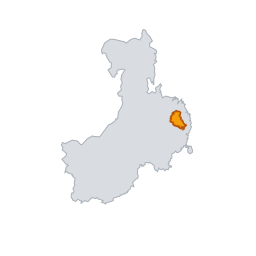 where Jiangxi sits in China, rotated 304°
{"feature_id": "CHN-1817", "entity_name": "Jiangxi", "entity_type": "Province", "adm_level": 1, "iso_a3": "CHN", "parent_name": "China", "parent_adm1": "", "projection": "mercator", "projection_center": [115.66, 27.278], "detail": "fine", "context": "in_parent", "style": "filled", "palette": "amber", "viewbox_px": 256, "rotation_deg": 304, "n_neighbors": 0, "source": "natural_earth", "source_scale": "10m", "svg_char_len": 7212}
<svg xmlns="http://www.w3.org/2000/svg" viewBox="0 0 256 256"><g transform="rotate(304 128 128)"><path d="M139.2,184.6L135.3,183.1L135.0,181.4L135.7,180.5L132.9,180.0L131.2,178.7L127.3,181.3L126.3,180.5L124.4,181.6L122.9,180.6L121.9,181.8L120.6,181.4L120.1,182.2L120.7,185.7L119.3,185.6L118.8,183.8L116.0,184.7L115.3,182.9L113.1,182.5L114.1,179.9L112.2,179.2L111.6,176.9L112.1,176.1L108.3,176.8L108.8,175.8L108.2,174.5L109.1,172.5L111.6,170.4L111.6,164.8L110.5,164.8L109.9,162.9L108.6,161.6L107.6,162.6L104.5,161.9L105.4,160.8L105.0,159.8L104.1,160.2L104.7,159.1L103.8,158.4L101.9,159.8L99.6,158.9L95.5,161.2L93.8,163.5L91.7,164.2L89.7,163.1L85.6,162.3L82.6,165.6L81.8,163.0L78.8,163.9L75.8,163.0L75.2,163.6L74.4,162.9L74.0,163.6L73.0,162.4L71.4,162.3L71.5,161.3L68.7,160.3L68.4,159.2L66.8,159.3L62.3,155.4L60.4,155.4L59.5,156.4L53.5,151.7L52.5,152.0L52.4,149.8L51.4,147.8L53.9,147.9L52.4,142.5L53.1,141.4L51.1,140.2L50.4,137.2L44.8,136.0L44.1,135.1L43.8,132.9L39.5,131.1L41.7,130.2L41.0,129.4L40.9,126.3L37.8,125.6L37.3,122.3L38.1,121.8L38.4,120.0L40.9,118.3L43.0,117.8L43.4,119.0L45.3,118.8L47.0,116.2L50.6,116.0L52.5,114.1L56.9,112.2L56.7,109.7L57.8,108.8L57.4,108.1L58.5,107.7L57.2,103.8L57.6,101.3L55.8,100.6L61.2,98.6L63.7,99.5L63.9,98.3L63.1,97.6L65.2,90.7L70.4,92.3L72.5,91.2L73.1,85.7L75.6,84.8L76.6,82.2L79.4,81.9L79.9,84.6L86.8,88.6L88.9,93.4L87.8,97.9L88.5,99.2L96.3,100.3L101.8,103.1L101.7,104.1L104.8,109.5L120.0,110.2L122.0,111.7L126.6,113.3L128.9,112.8L128.9,113.7L130.3,114.0L135.7,111.2L143.3,110.6L146.4,109.2L148.2,106.9L151.0,105.4L149.4,102.7L150.9,99.8L155.9,101.1L158.8,98.4L162.1,98.1L164.7,94.6L167.0,94.3L167.3,93.3L174.5,92.9L174.1,90.9L170.5,87.2L168.3,87.2L167.1,88.7L165.3,87.7L162.7,88.5L161.6,86.5L165.1,78.9L168.6,80.3L172.7,77.8L172.4,76.2L175.1,70.6L177.1,68.2L176.9,65.9L175.1,65.1L177.8,62.4L185.6,61.1L191.7,63.6L193.7,66.9L197.5,77.1L197.3,79.0L203.1,80.9L206.2,83.3L207.6,88.5L212.0,88.4L213.9,86.7L217.3,85.5L218.5,86.0L218.7,88.4L217.0,90.2L216.1,94.8L213.8,99.5L210.1,98.7L207.5,100.7L208.3,106.8L207.8,108.7L205.9,109.4L206.2,110.2L204.3,108.3L203.7,110.6L201.4,112.2L198.8,112.4L199.5,113.9L199.1,114.8L194.9,113.5L192.7,116.7L189.4,118.4L187.6,120.5L183.4,121.8L178.4,125.1L178.2,124.4L179.9,123.6L180.3,122.6L178.7,122.6L178.7,122.0L181.6,118.3L180.4,116.4L178.4,116.7L176.3,119.3L173.1,121.2L171.9,123.4L168.3,123.5L168.0,126.3L171.8,127.7L171.8,130.4L172.8,131.1L174.2,131.0L175.7,129.1L177.1,128.5L179.8,129.9L182.8,130.1L181.9,132.2L180.7,131.7L177.3,133.0L176.8,134.8L175.5,134.5L175.8,135.3L172.4,139.5L175.7,141.6L177.5,147.3L180.4,150.0L180.2,150.7L176.5,149.2L175.0,149.8L177.0,149.7L180.4,152.9L177.6,155.2L176.3,155.2L175.5,155.7L178.7,155.5L181.1,157.0L179.4,158.3L180.8,158.3L180.6,159.5L179.2,159.5L179.9,160.1L179.3,161.2L179.7,162.3L178.3,162.2L177.1,163.3L175.0,167.9L173.7,167.4L174.6,168.9L173.3,169.8L172.4,169.6L173.8,170.0L173.8,172.0L172.5,171.8L172.8,172.5L171.9,172.6L170.9,174.5L168.5,175.0L169.2,175.7L167.1,177.9L165.8,177.7L164.4,180.0L157.2,181.4L155.7,179.5L155.1,180.1L155.8,182.3L154.4,182.3L152.9,183.7L152.2,183.1L152.1,183.8L151.0,183.5L150.0,184.4L146.5,185.1L145.7,186.4L146.8,187.7L146.3,188.4L144.9,188.2L144.2,186.4L145.0,184.7L144.0,184.0L142.7,184.8L140.7,183.3L140.8,184.2L139.2,184.6ZM147.2,188.9L148.2,190.4L145.4,194.2L143.8,194.9L141.4,194.0L141.3,191.5L143.1,189.7L147.2,188.9ZM180.5,151.4L179.4,151.2L178.5,150.3L179.3,150.5L180.5,151.4ZM181.7,156.3L180.9,156.5L180.8,156.0L181.7,156.3ZM174.4,171.3L174.0,171.9L174.1,171.2L174.4,171.3ZM146.1,186.2L146.8,185.9L146.7,186.3L146.1,186.2Z" fill="#d9dde1" stroke="#a8b0b8" stroke-width="1"/><path d="M157.1,171.9L156.9,171.8L156.9,171.6L157.0,171.4L157.0,171.2L156.9,171.1L156.8,170.9L156.9,170.7L157.0,170.5L157.1,170.4L157.2,169.9L157.3,169.7L157.5,169.6L157.7,169.4L157.8,169.4L157.7,169.3L157.4,169.3L157.2,169.4L157.0,169.5L156.9,169.4L157.1,169.1L157.2,168.7L157.3,168.5L157.3,168.3L157.4,168.1L157.2,168.1L157.0,167.9L156.8,167.9L156.7,167.8L156.7,167.7L156.6,167.2L156.8,166.9L156.7,166.7L156.5,166.4L156.4,166.4L156.4,166.2L156.5,166.1L156.6,165.9L156.7,165.7L156.5,165.4L156.4,165.5L156.2,165.6L155.9,165.4L155.9,164.9L155.9,164.6L156.0,164.3L156.2,163.9L156.3,163.8L156.2,163.5L156.3,163.5L156.3,163.4L156.5,163.4L156.8,163.3L157.1,163.1L157.2,162.8L157.2,162.7L157.3,162.6L157.6,162.4L157.8,162.1L157.8,161.9L157.6,161.8L157.7,161.7L157.4,161.5L157.3,161.4L157.5,161.1L157.5,160.9L157.5,160.7L157.4,160.5L157.2,160.4L157.1,160.2L156.9,160.1L156.8,159.7L157.1,159.4L157.3,159.3L157.4,159.2L157.6,159.2L157.8,159.1L157.8,158.9L158.0,158.7L158.1,158.8L158.4,158.8L158.5,158.9L159.0,158.7L159.3,158.6L159.5,158.7L159.6,158.4L159.7,158.2L159.8,158.2L160.0,158.1L160.3,158.1L160.5,158.0L160.4,157.8L160.3,157.7L160.6,157.7L160.8,157.8L161.1,157.8L161.2,157.6L161.3,157.5L161.4,157.4L161.5,157.0L161.9,157.0L162.2,157.0L162.3,157.2L162.6,157.4L162.7,157.5L163.0,157.4L163.4,157.3L163.5,157.3L163.8,157.3L163.9,157.2L164.1,157.0L164.4,157.0L164.6,156.9L164.7,156.7L164.8,156.5L165.0,156.4L165.4,156.5L165.6,156.7L165.7,156.8L165.6,157.1L165.4,157.4L165.2,157.5L165.0,157.8L165.2,158.1L165.3,158.1L165.5,158.1L165.9,157.7L166.3,157.5L166.3,157.4L166.3,157.2L166.2,157.1L166.3,157.0L166.4,156.8L166.5,156.8L166.7,157.0L166.9,157.1L167.0,157.1L167.2,157.3L167.3,157.5L167.5,157.7L167.6,157.8L167.9,157.9L168.0,158.0L168.3,158.0L168.7,158.1L168.8,158.0L169.0,158.0L169.3,158.1L169.3,158.3L169.4,158.5L169.5,158.6L169.5,158.8L169.4,158.9L169.2,159.0L169.0,159.5L169.2,159.8L169.4,159.9L169.7,160.1L169.8,160.2L169.8,160.3L169.9,160.5L170.1,160.6L170.2,160.9L170.3,161.0L170.2,161.3L170.3,161.5L170.4,162.0L170.4,162.3L170.1,162.5L170.1,163.0L169.9,163.0L169.5,163.2L169.4,163.2L169.3,163.3L169.2,163.4L168.8,163.4L168.6,163.5L168.4,163.5L168.3,163.8L168.2,163.9L167.8,163.8L167.8,163.7L167.7,163.6L167.6,163.4L167.4,163.5L167.2,163.7L167.1,163.8L166.9,163.8L166.9,164.0L166.7,164.3L166.5,164.5L166.3,164.8L166.3,165.0L166.3,165.4L166.3,165.5L166.5,165.7L166.3,166.0L166.2,166.0L166.1,166.3L165.8,166.6L165.7,166.6L165.3,166.6L165.1,166.7L165.0,166.8L164.9,166.9L164.7,167.1L164.6,167.5L164.6,167.8L164.7,168.1L164.8,168.3L164.8,168.7L164.7,168.7L164.2,169.0L164.3,169.3L164.2,169.4L164.3,169.5L164.2,169.8L164.0,170.1L163.8,170.2L163.6,170.3L163.4,170.6L163.5,170.7L163.4,170.8L163.2,171.0L163.1,171.3L163.0,171.6L163.0,172.0L162.9,172.3L162.8,172.5L162.6,172.6L162.7,173.0L162.7,173.3L162.7,173.6L162.8,173.7L162.7,173.7L162.4,173.8L162.3,174.0L162.4,174.3L162.4,174.5L162.5,174.7L162.4,174.7L162.2,174.8L162.0,174.6L161.9,174.6L161.7,174.3L161.6,174.2L161.4,174.0L161.1,174.0L160.9,174.1L160.6,174.3L160.4,174.3L160.3,174.2L160.2,174.2L160.2,174.3L159.9,174.4L159.7,174.6L159.4,174.5L159.2,174.7L158.8,174.7L158.6,174.7L158.5,174.8L158.4,174.9L158.2,174.7L157.8,174.4L157.7,174.4L157.9,174.2L158.0,174.0L158.1,173.8L158.3,173.7L158.3,173.3L158.5,173.3L158.8,173.1L159.0,173.0L159.1,172.9L159.3,172.9L159.2,172.8L159.1,172.7L159.2,172.4L159.0,172.2L158.9,172.1L158.8,171.9L158.7,171.9L158.6,172.0L158.4,172.0L158.1,172.2L158.0,172.3L157.7,172.3L157.4,172.3L157.2,172.4L157.2,172.2L157.2,171.9L157.1,171.9Z" fill="#f59e0b" stroke="#b45309" stroke-width="1.5"/></g></svg>